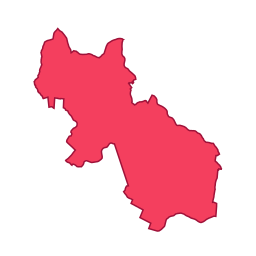 Hidiselu De Sus, Bihor, Romania, rotated 265°
{"feature_id": "2599482B72437023812586", "entity_name": "Hidiselu De Sus", "entity_type": "district", "adm_level": 2, "iso_a3": "ROU", "parent_name": "Romania", "parent_adm1": "Bihor", "projection": "equal_earth", "projection_center": [22.026, 46.921], "detail": "fine", "context": "isolated", "style": "filled", "palette": "rose", "viewbox_px": 256, "rotation_deg": 265, "n_neighbors": 0, "source": "geoboundaries", "source_scale": "gbopen_adm2", "svg_char_len": 5797}
<svg xmlns="http://www.w3.org/2000/svg" viewBox="0 0 256 256"><g transform="rotate(265 128 128)"><path d="M216.6,130.9L216.8,130.5L217.4,129.9L217.9,127.8L217.9,126.2L217.7,124.8L217.4,124.1L216.8,121.2L216.2,119.5L214.3,115.8L213.5,114.9L211.4,113.6L204.4,110.7L203.9,110.2L203.1,108.7L202.3,107.9L201.5,107.0L201.4,106.6L200.5,105.6L201.1,103.4L202.6,101.2L203.3,99.5L204.2,98.5L205.1,96.5L205.4,95.4L205.3,94.4L205.0,93.0L205.1,91.9L205.2,89.5L205.3,88.5L205.6,87.5L205.6,86.8L206.2,85.9L207.3,84.8L207.9,84.4L207.9,84.1L209.0,83.1L209.0,82.8L209.4,81.6L209.4,81.3L209.7,80.7L208.2,78.5L207.9,77.9L210.9,77.7L214.4,76.1L215.0,76.0L216.3,75.8L217.7,75.4L222.8,74.7L225.7,73.0L229.2,70.7L231.0,68.3L233.2,66.7L231.5,65.2L230.8,64.2L229.5,62.9L228.5,62.4L225.9,61.7L223.8,61.2L223.3,61.0L223.1,60.6L222.6,58.4L222.1,55.2L221.1,52.9L220.7,52.4L218.5,51.5L216.7,50.4L216.2,50.3L215.6,50.1L214.8,50.0L213.0,48.9L212.7,48.6L211.4,48.3L210.8,47.9L207.8,48.3L207.2,48.3L206.7,48.4L206.3,48.4L205.7,48.0L204.2,47.7L203.9,47.5L203.1,47.5L202.6,47.3L202.1,47.3L201.7,47.2L200.6,47.2L198.9,47.6L198.5,47.6L196.5,46.6L194.5,45.5L193.2,45.0L191.7,45.0L190.7,44.4L189.9,44.2L188.8,43.5L188.4,43.1L187.9,42.8L186.3,43.0L184.8,41.0L184.2,39.9L183.1,39.3L182.2,38.5L181.9,38.7L180.9,38.8L180.2,38.7L179.1,38.9L178.4,39.3L178.5,39.6L178.0,39.7L177.0,39.5L174.7,41.1L172.7,41.5L172.5,41.4L172.0,41.6L172.1,41.8L171.4,42.0L170.7,42.5L170.4,43.2L169.3,43.8L168.9,43.8L168.6,44.0L168.0,44.7L167.4,45.2L166.8,45.3L166.7,45.4L166.7,45.5L164.8,46.0L164.7,46.1L165.7,50.9L155.6,51.1L155.9,53.4L155.6,54.3L155.2,54.8L154.5,55.4L154.1,56.0L164.3,57.6L163.7,60.7L163.5,60.8L162.9,63.2L163.2,63.5L162.6,66.6L160.0,66.2L153.8,65.4L153.0,66.8L152.0,67.3L151.3,67.4L150.3,69.5L148.6,70.0L146.9,70.9L146.2,71.4L145.6,72.0L144.4,72.8L141.2,74.1L140.9,74.2L140.1,75.1L139.8,75.9L138.3,77.4L136.9,77.7L135.8,77.6L134.3,77.1L133.3,75.8L132.8,74.8L132.5,73.7L130.3,71.3L128.9,70.7L127.8,71.4L127.1,71.5L126.4,71.3L125.1,70.6L125.0,70.1L125.1,69.8L124.9,68.8L124.2,68.2L123.7,67.9L123.2,67.5L122.7,67.2L121.8,66.4L120.7,65.9L119.6,65.7L118.8,66.3L118.5,66.5L113.7,70.9L111.4,72.8L110.6,73.6L108.0,71.1L106.1,69.5L102.9,65.8L101.2,63.1L100.3,63.5L99.4,64.5L99.0,65.2L98.5,66.5L98.3,66.9L97.4,67.5L96.4,68.2L95.8,68.9L96.7,69.4L96.7,70.6L95.7,72.3L94.0,73.9L93.7,75.1L93.5,78.3L95.3,80.1L96.3,80.7L97.7,81.1L98.2,81.5L98.5,82.0L98.9,82.7L99.0,83.4L99.0,84.0L97.0,88.2L96.8,88.8L96.8,89.5L97.2,95.0L97.7,96.2L99.1,98.4L100.1,99.5L100.9,99.7L102.0,99.8L105.2,99.5L106.9,99.5L107.4,99.6L108.7,100.2L109.5,101.0L109.9,101.4L110.3,102.4L110.5,103.0L110.6,104.3L110.9,105.5L111.6,106.2L113.7,107.9L114.3,108.7L114.5,109.5L114.5,110.0L114.3,110.6L113.5,112.1L113.4,113.1L70.4,123.3L70.3,121.5L68.8,120.5L67.3,119.9L66.2,119.6L65.0,118.1L63.1,119.1L61.6,120.2L59.0,121.5L58.9,121.8L58.0,122.9L57.0,125.0L56.1,126.3L52.6,124.5L45.1,135.9L37.7,132.1L31.2,142.4L26.0,139.9L22.8,148.2L22.8,149.8L22.9,150.2L24.1,152.4L26.8,155.7L27.6,156.1L33.1,158.0L33.8,158.5L34.3,159.1L34.7,159.9L35.9,161.4L36.3,163.0L36.5,164.0L36.5,164.8L36.8,166.1L38.2,168.0L38.5,169.9L38.6,172.0L38.6,173.4L37.4,176.2L35.6,178.4L34.3,180.9L32.8,183.0L31.4,186.5L30.4,188.0L28.7,189.9L28.0,191.1L27.6,192.0L27.5,192.6L28.0,194.6L28.8,196.2L30.1,198.2L31.2,200.8L31.5,202.0L32.7,205.9L32.3,207.8L42.1,209.4L45.1,209.7L46.7,206.7L46.6,205.8L46.8,205.8L51.8,207.5L53.5,207.8L58.8,209.2L59.0,209.4L61.6,209.4L63.8,210.0L64.4,210.0L66.4,210.5L68.5,211.3L70.4,212.4L78.2,213.8L78.0,214.1L78.1,214.5L79.3,214.8L78.8,217.3L79.3,217.5L79.5,217.3L80.5,217.1L81.1,217.0L81.6,216.7L82.2,216.4L82.4,216.2L83.0,216.0L83.3,215.5L83.7,215.3L84.4,214.6L84.9,214.3L85.2,213.9L85.8,213.7L86.1,213.4L86.4,212.9L86.7,212.8L87.0,212.4L87.3,212.3L87.3,212.1L87.6,212.0L88.7,212.1L89.7,212.5L90.6,212.6L91.7,213.0L92.9,213.2L92.9,214.0L92.7,214.3L92.8,214.6L93.0,214.8L93.3,215.7L93.7,216.2L94.0,216.8L95.8,216.2L96.7,215.7L98.3,215.6L101.2,214.1L101.8,213.5L102.7,212.9L105.2,211.7L105.3,211.5L105.4,210.3L105.3,209.8L105.7,209.5L105.8,209.3L105.9,209.0L105.8,208.6L106.2,208.1L106.4,207.6L106.9,205.4L106.9,204.8L107.2,204.2L107.8,203.7L108.4,203.0L109.2,202.5L110.7,202.1L111.8,201.3L113.4,200.6L114.1,200.4L116.1,198.9L116.9,197.1L117.6,196.3L118.4,195.7L119.2,194.7L119.6,193.1L119.6,192.4L119.9,190.7L120.0,189.3L120.6,188.1L121.7,187.0L123.4,185.6L124.6,183.9L124.9,183.1L125.3,182.3L126.1,180.1L126.2,179.5L126.2,178.7L126.2,177.6L126.5,176.8L126.8,176.6L127.3,176.2L132.2,174.3L133.9,173.1L134.4,172.4L135.3,170.3L135.8,169.6L136.2,169.3L137.9,168.6L138.5,168.4L141.4,168.4L142.8,167.7L144.4,166.4L145.8,164.8L146.5,163.8L147.3,162.5L147.6,161.8L148.9,159.8L149.2,159.5L151.2,159.0L153.6,159.2L155.2,158.7L157.3,157.2L157.7,156.8L158.6,154.8L151.1,150.0L151.9,149.5L152.4,149.0L152.6,148.7L152.9,148.5L153.3,148.6L153.6,148.3L153.8,147.8L153.8,147.3L153.7,146.8L153.0,145.0L153.1,144.6L152.9,144.2L152.9,143.3L153.0,141.8L152.8,141.4L152.3,139.6L152.1,139.4L151.7,138.7L151.1,138.2L151.0,137.9L150.8,137.7L150.8,137.2L150.7,137.1L150.8,136.8L150.5,136.6L151.0,135.9L151.9,135.1L152.9,134.0L153.4,134.0L154.0,134.4L155.5,134.4L157.3,134.3L160.8,133.3L162.3,133.3L164.0,133.7L165.5,134.3L166.7,133.7L167.9,135.2L172.5,132.5L173.0,133.1L172.6,133.7L172.7,133.9L172.7,134.8L173.1,135.6L171.8,136.3L172.4,137.2L172.8,137.5L173.1,137.3L173.4,137.4L173.9,136.9L174.4,137.2L175.0,137.7L175.4,138.1L175.5,138.5L175.8,140.0L177.6,139.9L178.5,139.7L179.4,139.4L179.9,139.0L181.9,137.2L184.6,134.5L187.0,133.0L188.3,130.9L188.9,130.3L190.2,129.7L190.9,129.6L192.3,129.7L195.8,130.8L197.3,130.9L198.0,130.7L199.2,130.1L199.9,129.3L200.9,128.7L202.4,128.3L204.9,128.6L206.6,129.0L210.1,129.1L213.6,129.6L215.5,130.4L216.5,130.6L216.6,130.9Z" fill="#f43f5e" stroke="#9f1239" stroke-width="1.5"/></g></svg>